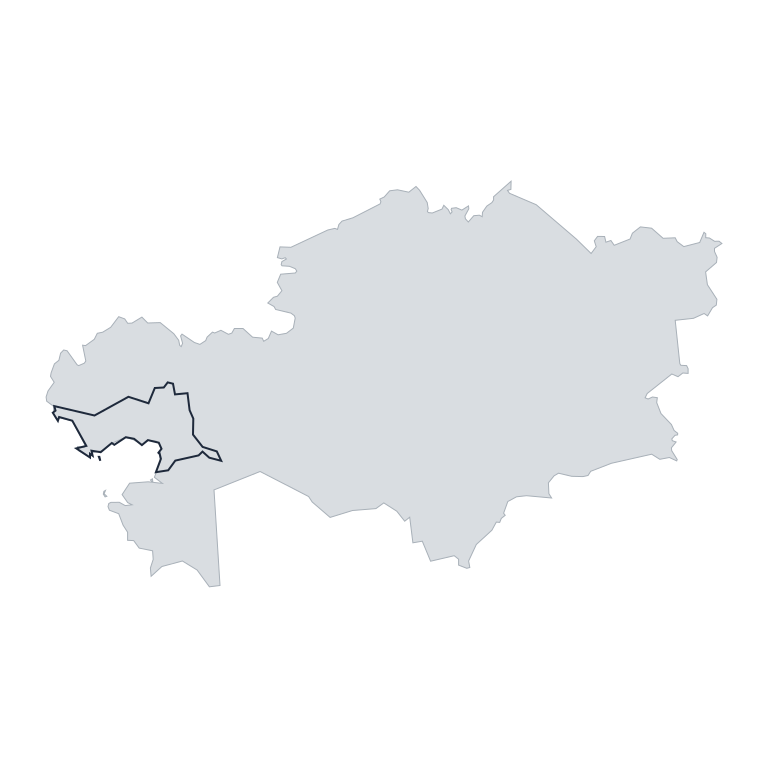 location of Atyrau within Kazakhstan
{"feature_id": "KAZ-3198", "entity_name": "Atyrau", "entity_type": "Region", "adm_level": 1, "iso_a3": "KAZ", "parent_name": "Kazakhstan", "parent_adm1": "", "projection": "albers", "projection_center": [51.054, 47.461], "detail": "coarse", "context": "in_parent", "style": "outline", "palette": "slate", "viewbox_px": 768, "rotation_deg": 0, "n_neighbors": 0, "source": "natural_earth", "source_scale": "10m", "svg_char_len": 4341}
<svg xmlns="http://www.w3.org/2000/svg" viewBox="0 0 768 768"><path d="M505.2,515.3L501.3,518.4L499.7,522.4L496.3,522.1L491.9,530.2L476.3,544.5L468.6,561.0L469.8,567.5L466.8,568.3L458.6,565.1L458.6,559.2L454.2,555.7L430.6,561.2L422.3,541.2L412.9,542.8L409.7,517.2L404.7,521.2L396.8,511.2L383.8,502.9L375.9,508.6L352.5,510.5L330.1,517.4L312.2,502.0L308.6,496.5L260.1,471.5L214.0,489.9L220.0,585.5L209.4,586.8L197.1,570.0L182.4,561.0L161.9,566.5L151.1,576.3L150.4,568.0L153.2,559.4L152.6,550.8L139.2,548.1L133.7,540.6L127.6,540.3L127.6,532.2L123.1,525.2L118.7,513.7L109.4,510.2L108.0,506.6L108.8,503.5L110.9,502.4L119.3,502.3L125.2,505.6L132.1,504.8L127.7,502.6L122.1,494.6L129.6,483.2L148.2,481.8L162.4,483.4L154.4,477.3L160.6,461.0L159.1,453.6L160.9,448.5L159.0,443.6L156.2,441.1L148.4,440.3L142.3,444.7L132.9,439.5L125.1,437.4L111.6,443.4L102.0,450.7L92.2,452.6L92.4,455.4L91.1,454.7L89.6,456.0L90.1,457.3L79.0,451.0L77.3,448.7L77.5,446.5L84.0,447.5L85.4,445.7L72.2,420.8L60.2,417.9L56.8,419.3L53.6,413.8L53.5,406.3L46.7,401.2L46.1,397.0L48.0,391.0L54.2,382.3L50.5,376.4L51.1,372.9L54.4,363.9L58.9,360.3L60.6,353.2L63.7,350.0L67.1,350.8L77.1,364.8L78.7,365.6L84.3,363.2L85.8,361.0L82.6,345.2L85.6,345.6L94.3,339.3L97.3,333.3L102.7,332.2L110.7,327.3L118.7,316.7L124.7,318.9L127.7,323.3L132.0,323.1L141.9,317.1L147.7,323.0L160.2,322.6L173.8,333.7L178.7,340.3L179.7,345.4L181.2,346.6L182.6,343.3L180.6,335.9L182.0,334.1L194.4,342.5L199.9,344.4L205.7,340.6L207.1,337.1L212.5,332.1L214.7,333.0L220.9,330.3L228.4,334.3L231.8,333.1L234.4,328.5L243.0,328.5L252.6,337.2L262.2,338.1L263.7,341.3L268.3,338.5L271.5,331.1L278.1,334.8L286.5,333.3L293.3,328.1L295.2,318.1L294.4,315.7L290.9,313.1L275.7,309.5L274.0,306.5L267.8,303.0L273.5,297.3L277.4,296.2L281.9,290.7L277.3,282.4L280.7,274.2L295.3,273.0L296.8,271.1L295.3,268.7L289.4,266.3L282.0,265.8L281.2,264.6L281.9,261.6L286.4,259.0L285.2,257.7L281.8,258.9L277.4,257.6L280.0,246.9L290.9,247.3L327.8,230.0L334.8,228.4L337.5,229.4L338.9,224.5L342.0,221.1L352.9,217.8L380.1,203.9L380.9,201.7L379.8,199.1L384.2,197.0L389.7,190.8L397.5,189.8L408.8,192.2L416.0,186.5L419.6,190.3L427.2,202.5L428.2,208.5L427.4,211.5L428.4,212.6L432.3,213.0L442.0,209.1L443.8,205.3L448.2,209.6L450.4,213.8L452.1,211.9L451.1,209.6L451.6,208.3L456.2,207.7L461.9,210.1L468.5,205.9L468.8,208.8L464.9,216.0L465.4,218.8L468.3,222.0L473.8,215.7L479.4,215.2L482.2,216.7L482.5,212.3L486.8,206.1L491.9,202.6L493.6,200.0L493.6,196.7L511.1,181.2L510.9,189.4L507.5,190.4L509.5,193.3L536.2,204.7L576.4,239.1L591.1,253.5L596.2,246.7L594.3,240.8L597.6,236.4L604.6,236.5L605.9,242.2L610.9,240.5L614.2,245.3L630.1,239.0L632.4,233.2L640.4,226.9L651.6,228.2L663.1,238.3L675.2,237.8L677.2,241.7L683.8,246.6L699.7,242.5L704.0,232.3L705.8,233.8L705.7,237.7L709.4,238.0L714.6,241.3L719.0,241.2L721.9,243.5L714.5,248.3L714.5,251.5L717.1,257.3L716.5,262.5L705.6,271.9L707.4,284.7L716.9,299.3L716.3,305.1L712.5,307.7L707.6,315.9L704.1,313.5L693.5,318.3L675.2,320.3L679.8,363.6L680.8,365.3L686.6,365.6L688.1,368.7L688.1,373.4L682.8,373.0L678.0,376.7L671.8,374.0L647.2,393.5L645.1,397.8L648.1,399.0L652.5,397.0L657.3,397.7L656.7,402.6L661.0,413.6L671.4,424.5L674.1,430.5L677.7,433.3L677.6,434.9L675.0,435.3L671.8,438.9L672.3,440.7L676.1,442.0L671.4,447.8L671.7,450.7L677.2,459.5L676.7,460.9L669.4,457.5L659.8,459.3L651.7,454.2L611.3,463.3L590.7,471.3L588.0,475.5L582.9,476.6L571.7,476.3L558.5,473.2L554.1,475.8L548.4,482.8L548.9,493.7L551.6,498.0L526.5,495.7L516.5,496.8L507.8,501.5L503.6,513.2L505.2,515.3ZM106.8,496.3L105.1,496.9L103.3,494.1L103.9,491.3L105.5,490.4L104.1,493.8L106.8,496.3ZM152.8,481.5L151.3,481.1L150.5,480.0L152.4,478.8L152.8,481.5Z" fill="#d9dde1" stroke="#a8b0b8" stroke-width="1"/><path d="M57.9,420.9L52.8,412.7L55.5,410.6L54.3,406.1L94.5,415.5L128.4,396.8L148.5,403.3L154.8,388.0L163.8,387.5L167.7,382.4L173.0,383.7L175.0,394.4L187.5,393.2L189.6,410.2L193.3,418.6L193.0,434.6L202.6,446.9L216.8,451.4L221.2,460.8L209.3,457.7L202.5,451.6L198.6,455.4L175.3,460.6L168.2,470.3L155.9,472.2L160.9,458.8L159.4,452.6L157.9,453.4L161.5,448.8L158.8,442.7L147.9,440.1L141.9,445.1L134.1,438.8L125.8,437.2L114.3,444.8L111.8,443.0L100.7,452.2L91.5,450.7L92.6,455.7L90.0,453.8L90.0,457.5L76.3,448.4L86.3,445.9L72.3,420.7L59.1,417.0L57.9,420.9ZM99.4,456.9L100.3,460.8L98.9,456.9L99.4,456.9Z" fill="none" stroke="#1e293b" stroke-width="2"/></svg>